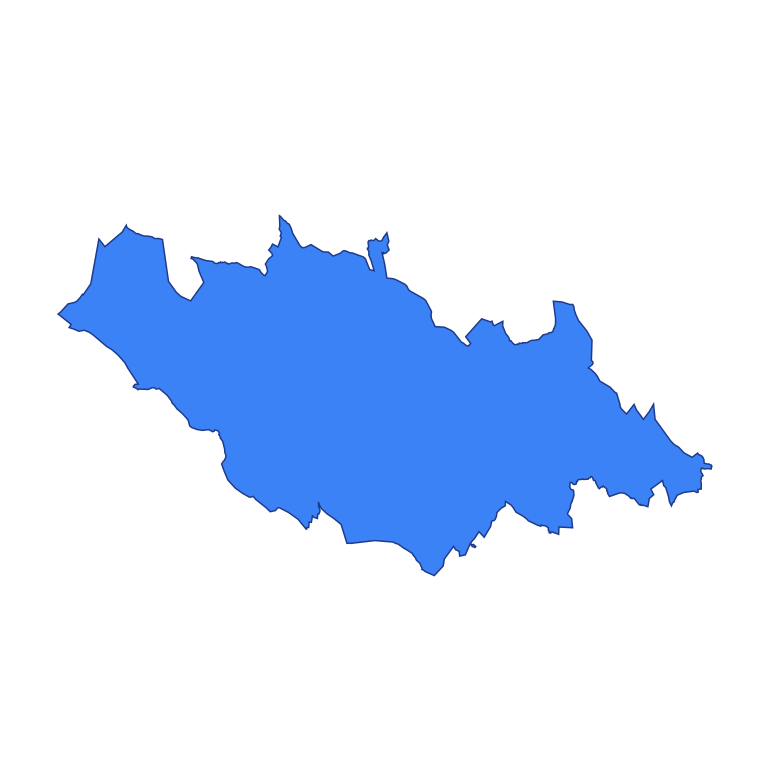 Spring, Alba, Romania (Robinson projection), rotated 261°
{"feature_id": "2599482B41235852327499", "entity_name": "Spring", "entity_type": "district", "adm_level": 2, "iso_a3": "ROU", "parent_name": "Romania", "parent_adm1": "Alba", "projection": "robinson", "projection_center": [23.751, 45.977], "detail": "fine", "context": "isolated", "style": "filled", "palette": "blue", "viewbox_px": 768, "rotation_deg": 261, "n_neighbors": 0, "source": "geoboundaries", "source_scale": "gbopen_adm2", "svg_char_len": 6160}
<svg xmlns="http://www.w3.org/2000/svg" viewBox="0 0 768 768"><g transform="rotate(261 384 384)"><path d="M321.9,647.1L315.1,641.6L308.5,634.7L318.9,629.3L324.7,627.8L316.4,618.8L322.3,614.6L324.7,613.7L326.6,613.9L338.7,612.3L338.9,611.4L345.6,606.7L353.1,597.6L358.0,596.0L361.1,594.4L365.9,590.8L367.9,588.3L370.7,592.9L371.5,593.6L373.5,593.6L374.8,592.5L394.8,596.3L404.7,592.6L416.2,586.1L422.2,584.4L426.9,583.6L430.6,583.6L433.0,582.9L433.5,579.9L437.1,572.8L439.3,564.2L421.6,563.7L416.0,562.7L412.3,560.6L412.2,560.3L409.8,559.2L408.7,557.7L408.8,554.9L408.0,554.0L407.6,548.8L403.7,543.6L403.7,539.3L404.0,537.2L403.4,534.1L402.6,532.5L402.5,530.7L403.1,527.4L402.5,527.1L402.5,526.6L403.2,523.9L402.1,523.0L402.6,522.1L402.1,520.0L402.4,519.4L403.9,517.7L406.9,516.1L406.9,515.0L410.5,514.5L415.1,512.0L422.8,510.3L427.3,511.2L424.3,501.9L425.2,501.2L429.2,500.5L428.7,498.9L433.1,490.7L417.9,472.1L410.3,475.9L408.3,473.1L409.1,471.3L412.2,468.5L413.2,467.0L424.3,460.8L426.5,458.6L430.6,452.6L432.7,443.5L441.2,441.1L445.0,441.3L447.7,442.2L449.0,442.0L459.8,438.3L462.1,436.5L471.8,424.2L473.5,422.9L477.2,421.8L479.1,420.4L484.9,412.5L486.5,409.6L488.2,403.4L502.5,403.4L514.1,402.6L513.8,404.0L512.7,404.1L513.1,406.5L515.6,410.0L521.0,409.0L524.2,411.1L532.9,410.5L529.2,406.7L525.8,404.1L525.8,401.4L528.9,398.5L527.2,396.3L528.2,393.6L527.6,393.1L528.0,391.5L526.6,390.4L522.4,390.3L520.6,389.8L520.7,388.8L519.6,388.8L517.5,389.8L513.7,389.2L508.0,390.6L497.4,392.0L499.3,387.7L510.7,385.2L512.7,383.5L518.5,373.0L518.8,371.1L521.8,366.3L521.9,365.1L521.7,364.0L520.1,361.7L518.3,353.8L523.1,349.6L523.8,345.2L524.6,343.7L533.1,333.7L531.3,327.6L531.2,325.2L532.6,323.5L534.1,322.5L547.1,317.4L552.1,316.7L555.9,315.6L557.0,315.0L558.2,313.4L560.1,312.5L561.6,310.5L565.9,307.8L566.6,307.0L556.1,305.8L553.4,304.7L549.4,306.3L546.2,304.6L544.8,305.6L536.0,300.7L539.6,295.8L536.7,293.7L534.4,291.1L530.6,293.7L528.2,294.0L525.6,289.6L521.0,285.6L518.6,286.3L514.4,286.6L513.0,286.3L509.6,283.6L510.8,281.9L513.4,280.0L516.0,279.0L516.9,278.0L520.3,271.6L520.8,269.9L520.5,268.8L520.9,266.6L521.8,264.2L526.5,258.3L527.0,257.1L526.7,255.1L527.3,253.0L526.8,248.8L527.7,248.4L527.8,247.4L529.4,246.0L529.1,244.1L529.5,243.5L529.3,242.1L530.1,241.6L529.4,240.4L529.7,239.7L529.3,238.9L529.2,237.0L530.0,235.4L531.8,234.1L533.7,227.6L536.9,221.2L537.5,220.6L537.4,220.0L538.1,218.8L538.0,217.7L539.8,213.9L538.2,213.1L537.5,214.6L533.4,217.5L531.2,218.5L524.6,218.9L512.4,221.9L496.3,206.0L502.3,197.1L505.1,194.8L507.1,193.2L519.0,187.2L561.4,187.8L563.0,184.1L563.5,180.3L565.6,178.0L566.9,174.2L567.8,169.9L569.9,166.0L570.8,165.0L571.5,162.4L574.0,160.3L576.3,157.1L578.9,154.5L581.1,154.3L575.0,149.2L563.3,129.8L571.8,125.1L528.9,110.1L519.1,100.9L519.8,100.2L517.2,97.8L513.9,93.7L513.0,91.2L512.5,84.4L505.7,75.9L504.1,73.1L491.8,84.3L489.0,81.8L487.0,85.8L483.8,91.0L484.0,96.4L480.9,101.4L477.5,104.8L464.4,116.0L460.6,120.5L454.6,125.6L445.6,131.4L439.7,133.5L422.3,141.3L422.6,138.0L420.9,136.0L420.1,136.0L418.5,138.8L416.9,140.0L417.2,142.0L415.5,150.2L416.6,154.6L416.3,156.4L414.6,158.2L414.7,161.3L406.8,168.1L400.3,171.5L398.4,171.7L395.5,173.8L392.0,175.5L386.1,180.4L380.4,184.1L378.8,184.9L372.8,185.6L371.0,187.4L368.2,192.5L366.6,197.4L366.4,203.1L366.0,204.3L363.7,207.2L363.9,208.8L365.2,209.7L363.6,212.9L360.5,213.8L360.0,212.9L356.9,214.2L356.4,213.8L352.6,215.7L344.6,216.4L341.3,216.1L338.2,216.7L336.3,216.3L333.5,214.3L332.6,213.0L330.4,211.1L322.6,212.6L313.6,214.8L304.2,221.0L298.1,227.3L293.4,233.2L293.1,234.2L293.4,237.3L290.0,239.3L280.3,248.2L275.7,251.6L276.0,257.1L278.2,259.4L278.3,260.5L277.9,261.7L271.9,269.8L263.8,278.0L252.8,284.4L252.9,285.0L254.2,285.3L254.1,287.2L259.3,288.4L258.7,290.6L264.9,292.7L263.0,294.3L261.6,297.2L265.9,298.2L265.8,299.4L268.2,300.8L269.8,301.0L273.7,300.2L277.8,300.9L274.1,301.3L270.6,302.8L264.5,307.6L259.4,313.1L252.0,319.7L232.4,322.5L232.2,325.6L231.8,326.0L230.8,350.5L226.3,368.8L224.9,370.1L224.0,372.3L221.6,375.1L218.4,378.2L217.6,379.5L212.1,385.6L210.9,385.8L207.5,387.8L204.8,388.5L201.2,391.4L195.2,392.9L194.9,392.5L194.3,393.6L192.3,395.4L186.9,403.7L195.0,414.0L201.7,416.2L212.8,427.3L209.2,428.7L206.9,432.1L202.2,431.8L202.5,437.6L212.6,444.0L209.5,446.0L208.9,447.6L208.3,448.0L208.4,448.6L209.3,449.2L211.6,447.1L211.3,446.0L212.8,444.5L214.3,445.6L217.7,449.7L223.3,454.7L217.0,459.0L226.6,467.0L231.6,468.9L232.0,470.0L231.9,471.4L233.1,472.8L236.1,474.5L239.3,475.3L243.0,480.3L244.7,484.7L249.0,485.6L244.8,490.4L242.3,492.0L236.7,494.4L231.8,500.6L228.3,503.9L226.3,505.2L220.5,513.6L219.0,516.7L220.0,517.1L218.4,521.7L216.1,523.8L213.5,523.4L212.9,524.1L211.3,523.8L210.7,525.3L211.8,525.6L211.4,527.2L208.2,533.0L215.4,534.4L212.5,547.8L221.7,548.3L225.8,545.4L227.2,544.9L232.1,548.4L236.4,549.8L238.1,551.1L244.1,554.1L248.6,554.6L249.8,554.2L250.3,552.7L251.2,552.0L253.7,551.2L254.0,551.7L257.0,552.2L257.6,552.8L257.6,553.9L255.7,554.9L254.9,556.2L255.2,558.2L257.6,558.9L257.3,559.5L259.1,560.9L258.9,565.0L259.2,565.4L258.5,566.2L258.1,570.8L259.0,571.7L259.2,573.1L259.7,573.3L260.1,574.4L258.8,575.6L256.6,575.6L255.8,576.3L255.7,577.4L252.8,577.9L247.6,579.6L246.9,580.4L248.3,582.2L248.1,583.8L248.9,584.5L245.8,587.4L243.2,587.4L242.1,588.1L241.1,587.7L237.6,589.1L239.5,599.4L239.4,601.3L238.5,604.4L235.1,608.2L232.3,610.1L232.7,610.6L231.9,611.7L232.0,613.2L224.9,617.1L224.2,618.5L224.8,618.8L223.6,620.2L223.7,621.2L221.5,625.4L229.5,628.2L232.5,633.1L238.5,631.1L245.1,644.0L239.9,644.4L237.5,646.1L228.3,647.4L222.9,647.5L218.7,648.8L221.8,650.8L222.2,652.2L223.5,652.6L228.3,656.2L230.0,663.3L229.7,673.5L227.9,676.0L228.0,677.2L228.8,677.7L230.2,677.1L230.8,677.9L230.6,680.9L236.3,681.8L239.5,681.8L240.4,682.5L242.6,683.0L243.6,684.8L247.9,683.2L251.1,684.1L251.0,685.7L250.3,686.1L249.8,687.8L250.0,689.5L248.9,693.9L250.5,694.1L250.9,694.9L252.6,694.7L254.1,692.5L254.3,691.1L255.6,687.9L259.6,688.1L261.1,687.7L262.8,686.9L264.2,685.4L264.8,683.9L266.7,683.0L263.4,676.8L269.0,669.6L275.4,665.2L279.0,660.9L283.2,658.1L306.7,646.2L321.9,647.1Z" fill="#3b82f6" stroke="#1e3a8a" stroke-width="1.5"/></g></svg>